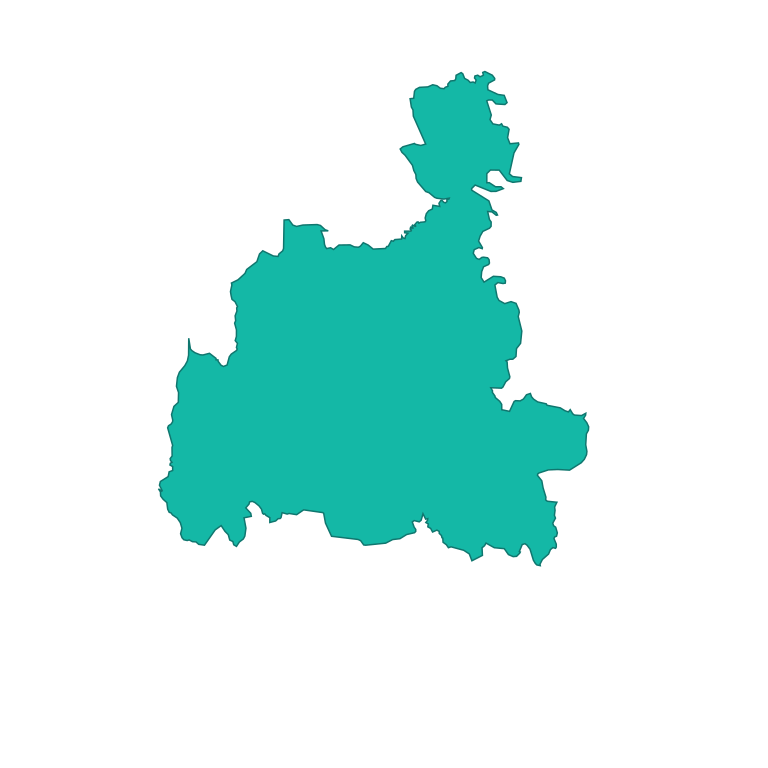 outline of Coatzingo, Puebla, Mexico, rotated 149°
{"feature_id": "50627088B82635679663989", "entity_name": "Coatzingo", "entity_type": "district", "adm_level": 2, "iso_a3": "MEX", "parent_name": "Mexico", "parent_adm1": "Puebla", "projection": "natural_earth1", "projection_center": [-98.173, 18.574], "detail": "fine", "context": "isolated", "style": "filled", "palette": "teal", "viewbox_px": 768, "rotation_deg": 149, "n_neighbors": 0, "source": "geoboundaries", "source_scale": "gbopen_adm2", "svg_char_len": 6171}
<svg xmlns="http://www.w3.org/2000/svg" viewBox="0 0 768 768"><g transform="rotate(149 384 384)"><path d="M132.6,587.7L131.7,588.9L132.1,592.9L136.6,599.9L138.9,600.2L139.7,597.6L140.7,597.5L143.4,597.9L144.6,600.4L147.4,601.2L148.8,599.7L148.5,597.1L150.8,595.1L152.1,597.0L154.8,598.0L155.5,601.1L157.5,604.4L156.7,609.4L157.5,611.2L163.2,611.5L165.3,608.6L167.1,607.7L170.9,609.5L174.8,608.2L175.9,606.2L178.6,606.8L180.4,606.2L183.4,608.5L185.0,612.4L188.1,615.4L193.4,616.1L200.8,620.0L205.1,620.2L207.1,619.2L211.4,613.6L214.7,615.1L217.9,607.3L218.0,604.0L220.9,598.5L224.7,568.2L229.6,569.5L233.6,573.3L234.0,574.5L245.6,577.6L249.1,577.1L249.3,573.3L248.1,569.1L247.0,556.8L248.5,551.6L248.8,547.1L250.6,543.7L251.2,539.8L249.1,527.5L246.9,524.8L244.5,517.9L243.0,516.0L237.5,511.7L232.3,509.7L233.0,509.1L235.1,509.7L236.0,508.0L238.0,507.6L239.2,508.9L239.7,511.4L240.8,512.0L243.8,510.6L244.8,507.5L250.0,512.0L252.5,509.1L256.5,509.5L260.0,508.2L263.2,505.1L264.1,502.4L265.4,501.9L269.6,503.9L271.3,503.9L271.3,505.4L272.4,505.8L275.7,504.7L275.5,503.1L276.1,503.0L277.7,505.5L278.8,504.9L278.8,502.8L279.8,503.1L280.5,504.6L281.8,503.3L281.3,501.8L282.2,501.2L287.6,504.4L288.4,503.0L285.8,500.9L289.1,500.0L291.1,497.9L292.3,499.2L292.5,501.8L294.3,499.2L300.3,502.2L302.5,501.6L303.9,503.1L309.5,499.8L310.8,500.4L312.9,499.4L323.8,505.2L326.0,511.3L329.0,515.8L333.2,514.3L335.5,514.4L338.9,516.9L341.4,520.7L351.0,526.3L358.0,525.3L359.6,528.3L363.4,529.6L363.6,531.6L363.1,534.3L360.7,539.5L359.1,547.6L352.9,544.0L355.0,546.5L356.8,552.6L359.2,555.1L371.6,562.0L377.8,564.1L380.3,567.2L380.9,573.9L385.2,576.0L400.3,551.9L402.3,550.3L407.0,549.6L409.1,547.9L412.9,550.7L419.3,560.6L423.7,559.6L430.0,554.3L442.7,552.9L446.2,550.4L455.5,548.5L462.8,549.1L463.4,547.2L468.0,542.3L469.6,538.3L470.7,534.8L469.3,531.3L469.7,525.8L471.1,525.1L472.5,522.3L476.5,519.1L478.6,514.6L480.7,513.1L482.6,506.4L486.0,500.8L489.2,497.8L488.7,494.3L491.7,491.3L491.8,489.6L493.1,488.7L499.5,488.3L502.6,487.0L508.7,481.1L512.6,481.7L514.0,484.0L514.5,488.8L513.9,490.2L515.5,491.2L514.8,492.5L517.8,500.2L524.2,502.1L526.5,503.7L529.9,508.1L531.5,511.6L531.9,513.7L527.8,523.8L536.7,509.3L540.7,505.0L545.3,502.3L553.3,499.5L557.8,495.9L563.1,488.9L564.5,482.5L569.8,474.2L575.6,473.0L581.9,467.2L583.7,461.8L584.8,460.4L587.2,459.3L590.2,459.2L592.0,457.9L596.8,440.2L598.4,438.8L602.7,431.4L605.7,430.2L606.4,428.4L606.1,426.1L608.0,426.1L609.2,424.8L607.7,422.1L609.7,418.7L613.4,419.4L616.7,415.8L625.9,415.6L628.6,412.9L629.1,406.8L629.7,406.6L631.3,410.3L631.2,406.7L633.1,403.1L632.7,398.9L631.2,394.2L633.9,388.1L634.2,384.6L633.0,383.3L632.7,380.7L630.3,375.6L630.0,370.1L631.5,364.4L635.5,360.4L636.3,356.2L635.8,353.6L633.3,351.2L631.3,350.7L629.4,347.5L626.5,345.5L625.4,342.0L620.9,338.3L603.8,345.9L596.5,346.5L596.2,339.6L595.1,335.1L596.6,329.7L594.7,326.8L595.6,323.6L594.1,320.8L589.3,323.1L584.4,323.6L581.6,325.3L576.6,331.5L572.9,341.4L565.9,338.9L564.8,341.8L566.3,349.0L561.5,350.6L560.0,352.2L557.3,351.2L555.7,348.9L553.9,343.9L553.5,339.8L554.7,335.6L554.2,334.4L553.1,334.2L552.8,332.1L550.7,328.2L553.2,324.1L547.4,322.4L544.1,323.1L542.4,322.2L541.1,322.5L537.6,326.2L534.0,322.4L532.0,321.9L526.2,317.0L517.7,317.5L502.7,305.3L502.3,304.2L505.8,294.9L507.4,280.5L486.3,264.1L484.7,261.7L484.3,256.5L482.8,255.3L464.5,246.7L456.7,246.2L450.0,243.2L442.1,243.3L434.4,240.8L432.7,241.3L431.7,243.0L431.9,245.7L430.8,251.2L428.5,251.4L424.8,247.7L422.3,248.1L417.4,252.7L417.9,246.7L415.8,246.1L416.8,244.8L419.5,243.7L418.1,241.3L420.0,239.0L418.4,236.2L418.6,232.1L413.9,231.5L412.6,229.2L413.6,227.5L412.8,224.5L413.5,222.4L413.0,221.6L414.9,217.9L413.3,214.1L413.1,210.5L410.4,209.9L401.3,200.4L398.4,194.4L399.7,187.2L387.9,186.4L384.3,193.1L381.1,193.6L378.5,195.1L373.8,186.9L365.7,180.9L365.2,173.7L362.2,169.5L359.1,168.0L354.8,169.1L353.7,169.8L354.3,170.7L348.2,175.2L345.4,174.5L344.4,172.1L343.9,167.2L346.7,156.0L346.7,152.2L346.2,150.2L343.6,147.8L343.1,149.2L338.6,152.0L330.5,153.5L326.7,156.3L323.5,156.8L321.6,154.8L320.3,155.5L318.8,158.0L317.9,164.0L316.5,165.0L314.5,164.7L312.1,167.1L310.6,172.8L311.6,175.2L311.0,177.8L306.1,180.7L305.6,183.6L302.4,187.7L301.1,190.7L296.7,193.6L304.4,199.4L305.1,201.4L303.5,203.6L301.1,213.1L298.6,219.7L299.5,226.7L298.4,227.8L296.9,227.9L287.3,225.7L279.2,221.3L269.3,214.6L255.5,214.9L251.0,216.3L246.8,219.1L244.8,221.7L242.4,228.0L236.2,237.0L232.6,239.1L230.6,241.9L230.1,246.4L230.7,251.7L227.3,253.4L226.1,255.0L230.9,255.2L236.8,259.3L237.6,261.4L237.6,266.1L240.3,265.1L242.6,267.8L245.2,272.8L255.2,281.8L255.1,283.4L261.5,289.5L263.6,294.0L264.1,297.1L263.4,300.5L267.4,301.4L272.2,299.3L276.0,299.4L279.9,302.0L281.5,302.0L290.5,295.9L296.3,301.3L293.6,305.9L293.7,309.5L295.6,315.2L295.1,316.5L295.4,321.1L294.5,322.2L294.4,325.8L285.4,319.9L283.7,320.1L278.5,323.2L273.6,324.1L272.4,325.4L269.9,334.1L267.1,339.5L267.5,341.1L263.4,340.4L260.8,338.9L256.7,339.6L252.2,346.1L246.0,348.5L238.6,358.4L234.2,372.7L231.2,375.7L230.3,377.8L229.3,385.1L232.7,389.2L239.1,390.7L242.4,396.4L242.3,400.1L238.0,411.7L234.2,412.3L230.2,408.8L228.1,408.0L226.7,409.9L226.4,412.8L228.7,415.8L234.8,420.0L245.8,419.8L245.9,425.2L242.4,430.0L238.3,433.2L232.7,432.6L231.3,433.4L229.9,436.5L230.2,438.8L233.3,441.4L234.9,442.1L238.3,441.8L240.0,444.1L240.2,450.0L237.5,452.7L232.4,452.1L230.1,449.4L229.4,450.2L229.3,457.8L225.5,461.2L220.7,463.9L213.3,463.2L211.0,464.0L208.7,467.7L208.9,470.7L206.3,478.5L202.8,475.9L200.9,470.8L199.7,470.4L199.4,473.2L201.8,477.6L199.8,486.9L209.0,505.0L208.2,506.4L203.4,507.6L193.2,494.0L188.7,491.4L181.1,490.0L182.1,492.8L186.8,495.6L190.1,502.4L192.2,503.6L187.5,511.4L182.6,512.6L175.1,508.0L173.6,495.0L169.7,490.5L162.3,487.2L159.9,490.1L166.9,495.6L168.3,499.6L153.6,515.1L145.0,519.9L144.6,521.4L152.3,525.1L151.2,531.5L145.6,537.9L146.0,540.5L149.3,543.8L149.2,546.5L151.8,546.5L156.7,550.9L157.0,556.0L153.5,559.3L150.1,573.8L148.0,573.6L144.9,571.6L143.8,566.5L142.2,565.3L136.4,561.3L133.6,561.8L132.3,569.5L137.2,573.5L143.4,582.7L141.6,586.3L139.4,588.0L132.6,587.7Z" fill="#14b8a6" stroke="#0f766e" stroke-width="1.5"/></g></svg>